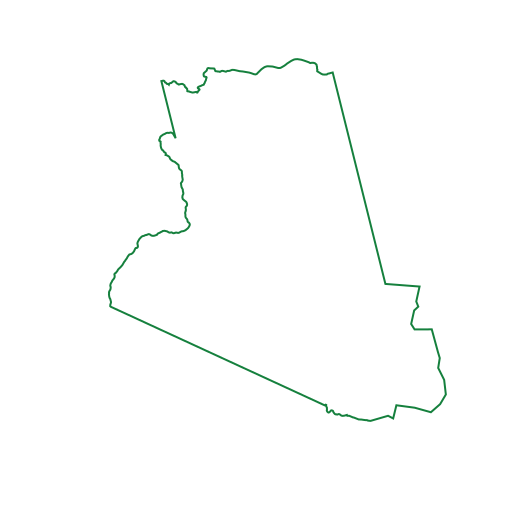 Koroba/Kopiago District, Southern Highlands, Papua New Guinea (Mercator projection), rotated 346°
{"feature_id": "67681753B5215612812424", "entity_name": "Koroba/Kopiago District", "entity_type": "district", "adm_level": 2, "iso_a3": "PNG", "parent_name": "Papua New Guinea", "parent_adm1": "Southern Highlands", "projection": "mercator", "projection_center": [142.383, -5.438], "detail": "fine", "context": "isolated", "style": "outline", "palette": "green", "viewbox_px": 512, "rotation_deg": 346, "n_neighbors": 0, "source": "geoboundaries", "source_scale": "gbopen_adm2", "svg_char_len": 5945}
<svg xmlns="http://www.w3.org/2000/svg" viewBox="0 0 512 512"><g transform="rotate(346 256 256)"><path d="M206.5,63.4L206.5,122.3L205.2,117.5L204.6,116.6L204.0,116.0L203.0,115.5L201.2,115.5L199.8,115.0L198.8,115.0L198.2,115.1L197.0,115.5L195.4,115.7L192.7,116.8L192.1,117.2L191.7,117.7L191.7,117.8L190.8,119.2L190.1,120.0L190.1,120.9L190.3,121.1L190.6,121.3L190.9,121.6L190.9,121.8L191.1,122.0L190.8,122.9L190.7,123.4L190.7,124.1L190.2,125.7L190.1,126.7L190.1,128.3L190.3,129.4L190.7,130.5L191.5,131.2L191.5,131.5L191.6,131.8L191.7,132.1L192.2,133.2L192.9,133.7L193.3,134.4L193.3,134.7L193.1,135.3L192.7,136.1L193.7,136.6L195.3,138.1L195.8,138.8L196.0,139.3L196.0,139.6L196.2,140.9L196.6,141.8L197.3,142.5L197.3,142.8L198.3,143.9L199.4,144.6L200.2,145.3L200.6,146.0L201.0,146.4L202.1,148.0L202.5,148.4L202.8,148.9L202.8,149.9L202.6,150.8L202.6,152.6L203.3,153.8L204.0,154.6L204.4,155.2L204.5,155.6L204.5,156.1L204.1,158.0L204.1,159.0L204.0,159.8L203.8,160.0L203.6,161.1L203.4,164.1L202.8,165.3L202.4,165.8L201.7,166.5L201.4,166.6L201.1,166.8L200.7,167.3L200.7,168.0L200.5,169.5L200.4,171.3L200.6,171.8L200.6,172.2L200.9,173.1L201.0,173.6L201.0,174.4L200.8,174.8L200.7,176.2L200.8,176.3L200.8,176.6L200.6,177.9L200.4,178.3L199.3,179.7L199.0,180.4L198.9,181.0L198.7,181.3L198.7,182.9L198.8,183.1L199.8,184.6L201.0,186.1L201.3,186.5L201.6,187.3L201.6,188.2L201.7,188.7L201.6,189.4L201.4,189.9L201.1,190.4L200.7,190.8L200.1,191.1L199.7,191.5L199.4,192.1L199.3,193.2L199.1,194.4L198.8,195.1L198.6,195.3L198.6,195.5L197.9,196.5L197.6,197.3L197.6,198.2L197.4,199.4L197.2,200.0L197.1,200.6L197.1,201.5L197.2,201.9L198.0,203.6L198.1,204.1L198.1,204.6L198.0,205.9L198.1,206.3L198.4,206.9L198.9,207.3L199.2,208.0L199.4,208.7L199.4,209.3L199.2,209.8L198.9,210.4L197.5,211.9L196.6,212.6L195.4,213.2L194.6,213.5L194.0,213.9L193.6,213.9L193.1,214.1L191.6,214.3L189.7,214.1L189.1,214.2L186.9,214.8L186.3,214.8L185.9,214.7L184.1,213.9L183.1,213.9L183.0,214.0L181.8,214.0L181.1,213.8L180.1,212.9L179.6,212.6L178.8,212.6L177.7,212.4L177.0,211.9L175.7,210.6L173.3,209.4L171.5,209.2L171.2,209.4L168.9,209.9L168.6,210.1L168.2,210.1L167.9,210.2L166.9,210.3L166.2,210.5L165.7,210.8L165.4,211.2L165.1,211.3L164.9,211.5L164.4,211.5L163.9,211.6L161.9,211.7L160.3,211.3L159.4,210.8L158.6,209.8L158.0,209.2L157.1,208.8L156.6,208.8L156.2,208.9L155.7,209.0L154.8,209.1L154.7,209.0L153.5,209.0L152.4,209.3L150.5,209.3L149.3,209.8L147.0,211.3L145.0,213.4L144.4,214.2L143.9,215.3L143.9,217.1L143.7,218.1L143.6,218.3L143.6,218.5L143.0,219.1L142.6,219.3L141.9,219.3L141.8,219.2L141.2,219.2L141.0,219.3L140.2,220.1L138.9,221.8L137.6,222.9L136.6,223.5L135.3,223.9L133.5,223.9L132.4,224.7L132.0,225.1L131.6,225.3L130.1,227.0L129.7,227.3L129.2,227.8L128.8,228.0L127.7,229.1L127.3,229.4L126.9,229.6L124.1,232.5L121.8,234.1L119.3,235.5L118.6,236.1L117.6,237.2L116.7,237.8L116.3,238.2L115.4,238.7L115.0,238.7L114.6,239.0L114.2,239.4L114.1,239.8L114.1,240.9L113.8,242.1L113.5,242.6L113.1,243.1L112.9,243.4L110.9,244.9L110.4,245.4L110.0,246.0L108.5,247.5L108.1,248.1L107.5,249.3L107.4,250.0L107.5,251.0L106.9,252.7L106.5,253.4L105.0,254.9L104.5,256.0L104.5,256.5L104.1,257.4L103.8,259.6L103.8,260.8L103.9,261.7L104.1,262.1L104.2,262.9L104.2,265.4L104.0,266.2L102.9,267.9L102.4,269.4L102.9,270.2L286.5,417.5L287.6,417.1L287.9,417.3L288.1,417.5L287.7,418.5L287.8,419.2L288.1,420.0L288.1,420.3L287.7,422.2L287.3,423.1L287.4,423.8L287.6,424.4L288.0,425.0L288.4,425.4L289.3,425.4L290.3,424.8L291.5,424.0L292.2,424.1L292.6,424.4L293.1,424.8L293.3,425.3L293.3,426.1L293.5,426.7L293.9,427.6L294.3,428.4L294.8,428.8L295.2,429.0L295.8,429.1L296.3,429.5L297.6,429.4L298.1,429.4L298.7,429.7L299.3,430.3L300.0,431.3L300.4,431.6L301.1,432.0L302.3,432.2L303.3,432.3L305.7,432.2L305.7,432.9L305.9,433.1L307.4,433.5L307.8,433.6L311.2,436.2L311.7,436.3L316.2,439.5L318.5,440.1L320.9,441.1L322.7,441.8L324.0,442.1L324.4,442.6L324.9,442.7L325.5,443.1L327.3,443.7L345.5,443.0L349.8,446.8L356.1,434.8L373.3,441.6L387.9,449.9L398.8,444.3L406.7,436.3L408.6,421.7L405.7,408.7L409.6,399.5L409.3,393.1L408.8,369.7L392.1,365.6L390.1,359.5L396.3,347.1L401.2,344.4L400.5,338.9L407.3,325.2L374.8,314.4L374.8,96.5L372.3,96.5L371.6,96.6L369.9,96.5L369.2,96.7L368.6,97.0L366.2,96.5L364.7,96.0L363.5,95.1L361.5,93.0L360.1,91.6L360.1,91.3L360.7,89.9L360.5,89.2L361.0,87.1L360.9,86.9L361.0,84.9L359.7,83.1L358.1,82.3L356.7,82.0L355.3,81.9L354.0,80.7L349.9,78.0L347.4,76.5L343.8,75.0L341.6,74.6L340.2,74.6L337.4,75.2L332.7,76.8L331.5,77.4L329.6,78.2L327.2,78.9L325.3,79.4L324.3,79.3L322.9,78.9L318.0,76.2L313.2,74.7L312.1,74.6L310.5,74.7L309.3,75.0L306.5,76.1L302.1,78.7L300.7,79.6L299.5,79.7L298.0,79.1L295.8,77.6L293.8,76.4L287.9,73.8L284.8,72.7L281.1,70.8L279.6,70.1L277.8,69.6L275.5,69.9L274.5,69.9L273.0,69.5L271.4,69.9L268.5,68.3L267.2,68.1L266.5,68.4L265.6,68.6L265.1,68.4L264.8,68.1L263.6,67.8L262.7,67.3L261.7,67.0L261.3,66.7L260.9,64.1L259.7,63.6L258.8,63.4L256.5,62.7L255.6,62.2L255.0,62.1L254.4,62.2L253.7,63.0L253.4,63.6L253.0,64.1L252.5,64.5L251.5,64.9L251.0,65.3L250.2,65.6L249.5,66.1L249.0,67.3L248.9,68.5L249.0,69.1L249.3,69.4L251.1,70.3L251.2,70.6L251.2,71.0L250.5,72.0L249.9,73.3L249.2,74.1L248.5,74.9L247.8,76.0L247.4,76.2L246.8,77.1L246.2,77.2L244.9,77.3L244.1,77.5L243.3,77.7L242.3,77.7L240.7,78.1L240.2,78.6L240.2,79.1L240.5,79.6L241.2,80.2L241.5,80.7L241.3,81.1L239.2,82.5L238.9,83.1L238.5,83.2L238.4,82.7L237.7,82.3L234.9,82.2L233.8,82.0L231.5,80.7L231.1,80.3L230.6,80.1L229.8,79.8L229.3,79.5L229.5,78.9L229.4,78.1L229.6,77.2L229.3,76.5L228.9,76.2L228.9,75.6L228.4,75.2L228.0,74.6L228.0,73.8L227.9,73.0L226.5,71.4L225.9,71.1L225.0,71.0L223.7,70.9L222.7,71.0L222.3,70.8L221.8,70.1L220.9,69.4L220.5,68.7L220.3,68.1L220.0,67.5L219.3,67.0L218.5,66.5L217.9,66.5L217.1,66.9L215.7,67.6L214.7,67.5L213.8,67.7L213.4,67.9L212.9,68.7L212.4,67.8L211.4,67.6L210.9,67.0L210.8,66.5L210.5,66.1L210.0,65.8L209.7,65.5L209.5,64.3L209.0,63.7L208.3,63.4L206.5,63.4Z" fill="none" stroke="#15803d" stroke-width="2"/></g></svg>